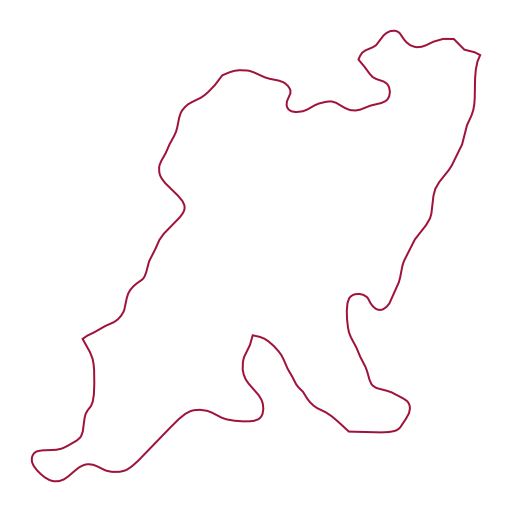 outline of Fantino, Sánchez Ramírez, Dominican Republic
{"feature_id": "3306468B63590922856333", "entity_name": "Fantino", "entity_type": "district", "adm_level": 2, "iso_a3": "DOM", "parent_name": "Dominican Republic", "parent_adm1": "Sánchez Ramírez", "projection": "albers", "projection_center": [-70.302, 19.098], "detail": "fine", "context": "isolated", "style": "outline", "palette": "rose", "viewbox_px": 512, "rotation_deg": 0, "n_neighbors": 0, "source": "geoboundaries", "source_scale": "gbopen_adm2", "svg_char_len": 3676}
<svg xmlns="http://www.w3.org/2000/svg" viewBox="0 0 512 512"><path d="M453.8,39.0L443.2,38.9L433.7,41.6L425.7,45.4L421.5,46.8L416.8,47.2L414.5,46.8L410.2,45.2L406.8,42.6L404.1,39.6L399.9,33.4L398.4,32.1L396.6,31.2L394.6,30.7L390.3,31.1L386.6,32.9L383.5,35.5L376.2,45.1L372.9,47.2L365.4,50.4L362.2,52.7L360.0,56.0L358.5,59.6L364.6,66.9L369.9,74.1L372.7,77.1L376.2,79.0L383.6,81.5L386.9,83.7L388.2,85.5L389.1,87.4L389.9,91.6L389.3,95.9L388.4,97.9L387.1,99.8L385.3,101.2L381.4,103.0L370.5,105.6L360.3,109.6L355.7,110.5L351.0,110.2L348.7,109.6L344.2,107.6L336.1,102.8L331.8,101.5L329.7,101.4L325.6,101.9L319.0,103.5L314.7,105.3L307.0,109.7L302.7,111.3L296.0,112.1L291.8,111.4L289.8,110.4L288.2,109.0L287.1,107.1L286.6,105.1L286.9,101.4L290.4,93.3L290.4,90.3L289.8,88.8L288.0,86.0L285.0,83.3L283.2,82.2L278.8,80.6L269.3,78.7L264.7,77.3L254.2,72.5L249.6,70.9L247.1,70.5L239.5,70.2L234.5,70.8L230.0,72.1L222.3,75.3L214.8,85.2L208.1,92.1L204.5,95.2L200.7,97.8L192.3,101.9L188.2,104.2L184.8,107.2L181.9,110.8L180.8,112.8L179.2,117.5L177.3,127.1L176.0,131.8L174.1,136.0L169.6,144.2L165.7,153.1L161.3,160.9L159.6,165.0L159.1,167.5L159.3,172.4L159.9,174.8L160.9,177.1L162.2,179.2L165.2,183.1L177.8,195.5L182.4,201.0L184.3,205.0L184.6,207.3L184.4,209.6L183.6,211.7L182.5,213.7L179.7,217.4L163.8,233.7L159.4,239.9L155.4,248.9L149.1,261.3L146.1,272.6L144.5,276.6L143.3,278.4L141.9,279.8L136.8,283.4L133.6,286.1L130.6,289.5L128.3,293.3L126.8,297.9L124.3,309.7L123.4,312.0L120.9,316.0L117.8,319.4L114.0,322.1L105.3,326.0L93.5,332.7L87.4,335.6L82.6,338.9L90.0,352.2L92.6,358.9L93.6,364.3L94.1,369.8L94.3,383.7L93.9,394.4L92.7,401.8L91.0,406.0L87.6,410.4L85.7,413.7L84.6,417.8L82.8,431.4L81.3,435.7L80.1,437.6L76.8,440.5L67.3,446.0L63.2,448.0L61.0,448.8L56.1,449.8L42.0,450.4L37.8,451.1L35.8,451.9L34.0,453.3L32.7,455.3L31.9,457.6L31.8,459.9L32.1,462.2L33.0,464.5L34.2,466.6L37.2,470.5L40.7,474.0L44.7,477.3L49.2,479.9L51.7,480.8L54.2,481.3L59.2,481.1L63.9,479.4L68.0,476.6L75.6,470.1L79.5,467.1L83.9,465.0L86.2,464.4L88.6,464.2L93.3,464.8L97.3,466.4L105.2,470.3L107.5,471.0L112.3,471.9L119.8,471.8L124.7,470.6L127.2,469.5L131.7,466.5L137.8,461.1L171.0,426.8L178.9,419.0L185.2,413.9L189.9,411.4L192.3,410.6L194.8,410.1L199.8,409.8L207.2,410.8L211.7,412.5L221.9,417.8L226.7,419.4L234.3,420.7L242.0,421.3L249.4,421.3L254.1,420.8L258.4,419.2L260.3,417.7L261.7,415.7L262.6,413.6L263.3,409.0L262.9,404.3L262.3,402.0L261.4,399.7L258.8,395.3L248.6,383.6L245.7,379.4L243.7,374.6L242.7,369.7L242.9,362.1L244.0,357.2L250.0,344.9L252.7,335.3L259.9,336.9L264.4,338.7L268.4,341.3L273.9,346.1L278.8,351.6L281.6,355.5L283.8,359.9L287.6,368.7L292.2,376.6L296.2,384.4L298.7,387.6L302.9,391.7L307.4,398.9L310.1,402.3L313.4,405.5L317.1,408.1L325.8,412.3L331.6,416.2L337.1,420.8L348.9,431.6L381.2,432.4L389.1,432.0L394.1,431.1L396.4,430.3L398.5,429.0L400.2,427.4L406.0,418.7L409.0,413.2L409.9,408.8L409.8,406.6L409.2,404.4L408.1,402.3L406.6,400.7L403.1,398.4L391.7,392.4L387.3,390.9L376.4,388.0L372.8,385.7L371.4,384.0L369.6,380.1L367.1,371.3L365.5,367.0L360.2,356.7L356.4,347.6L350.9,337.3L349.0,332.5L347.9,327.0L347.0,318.8L346.8,310.6L347.5,303.0L349.1,298.4L350.7,296.5L352.7,295.1L354.8,294.3L359.1,293.9L363.2,294.8L366.7,296.9L368.0,298.4L370.6,303.3L372.8,306.3L375.6,308.7L377.4,309.5L379.4,309.9L381.5,309.8L383.4,309.1L386.7,306.7L389.4,303.4L398.8,282.4L400.1,277.6L402.5,265.3L404.1,260.7L414.9,239.4L426.1,225.1L430.0,218.4L431.4,213.6L433.4,196.1L435.3,188.8L439.2,182.1L448.9,169.9L451.7,165.6L462.1,144.4L467.0,125.2L471.6,115.2L473.3,109.9L474.3,104.3L474.7,98.6L475.1,78.2L475.8,69.6L477.5,61.4L480.2,55.1L474.5,52.2L464.4,49.7L453.8,39.0Z" fill="none" stroke="#9f1239" stroke-width="2"/></svg>